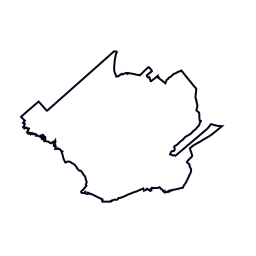 Rovinari, Gorj, Romania, rotated 317°
{"feature_id": "2599482B72679771783557", "entity_name": "Rovinari", "entity_type": "district", "adm_level": 2, "iso_a3": "ROU", "parent_name": "Romania", "parent_adm1": "Gorj", "projection": "equal_earth", "projection_center": [23.157, 44.921], "detail": "fine", "context": "isolated", "style": "outline", "palette": "ink", "viewbox_px": 256, "rotation_deg": 317, "n_neighbors": 0, "source": "geoboundaries", "source_scale": "gbopen_adm2", "svg_char_len": 5581}
<svg xmlns="http://www.w3.org/2000/svg" viewBox="0 0 256 256"><g transform="rotate(317 128 128)"><path d="M184.4,97.4L179.0,97.4L172.7,97.6L172.0,96.6L170.4,94.6L169.8,93.5L165.5,87.7L165.3,87.8L165.2,88.2L164.9,88.3L164.5,88.2L164.4,88.1L164.4,87.7L164.7,87.1L164.5,86.8L163.3,86.0L160.4,85.0L160.2,84.7L160.2,84.0L159.0,83.9L157.5,83.6L156.6,83.7L154.5,82.4L154.9,81.7L156.5,77.4L158.7,74.7L164.3,69.6L169.1,66.0L171.0,65.2L171.8,64.5L170.7,63.1L169.6,62.3L169.3,62.4L168.2,62.4L81.0,60.2L80.5,60.1L80.4,59.9L80.4,59.7L80.7,47.7L66.1,47.1L57.4,46.9L57.4,49.0L57.6,52.3L54.6,52.7L55.0,53.9L55.5,53.8L55.5,54.1L55.0,55.0L54.5,55.3L54.2,55.2L53.3,55.7L52.7,55.8L52.2,55.6L51.9,55.9L52.0,56.6L51.8,57.4L51.8,57.7L52.1,57.8L52.9,57.7L53.1,58.2L53.5,58.4L53.8,58.3L54.1,58.6L53.9,59.3L54.0,59.7L54.4,60.4L55.1,60.5L55.2,60.9L51.3,62.2L51.2,62.5L51.0,63.8L51.5,64.3L52.5,63.9L52.9,64.3L52.8,64.8L53.0,64.9L53.1,65.2L52.8,65.5L52.3,65.8L52.3,66.2L54.0,65.9L54.5,66.2L54.7,67.0L54.1,67.4L54.3,67.8L54.8,68.3L55.2,68.5L55.5,68.5L55.7,69.1L56.0,69.0L56.3,69.6L56.1,69.7L56.1,70.4L55.6,70.8L55.8,70.9L56.2,70.9L56.3,71.1L56.2,71.4L56.5,71.5L56.5,71.8L56.7,72.0L56.9,72.1L57.0,72.2L56.9,72.6L57.4,73.6L57.6,73.8L58.0,73.9L58.3,74.3L59.2,74.1L59.4,74.7L58.0,75.4L58.3,75.9L58.5,75.9L59.3,75.7L59.6,75.4L60.9,74.8L61.0,75.0L60.1,75.4L60.1,75.6L59.9,75.7L60.0,75.9L61.0,75.5L61.1,75.8L57.7,77.1L57.8,77.3L58.5,77.1L58.6,77.3L58.9,77.2L59.0,77.4L57.9,77.9L58.0,78.0L58.4,77.9L58.5,78.2L61.0,77.4L61.2,77.8L60.5,78.0L60.8,78.7L60.5,79.0L60.4,79.4L60.3,79.5L59.4,79.9L57.8,80.1L57.8,80.5L58.1,80.5L58.6,80.9L59.1,81.6L59.6,82.7L60.5,83.7L60.6,85.1L60.8,85.7L61.4,86.6L61.5,86.9L61.6,87.0L62.0,87.0L63.1,86.8L63.8,87.5L64.6,87.3L65.1,87.5L65.5,87.7L66.3,87.5L65.1,89.0L63.7,89.3L62.7,89.2L62.4,89.8L61.8,90.4L62.2,90.6L62.0,90.9L62.0,91.0L62.3,91.1L62.9,91.0L63.1,91.1L62.7,92.1L61.4,92.9L60.4,93.8L60.8,94.2L61.4,94.4L61.9,94.8L62.5,94.7L62.7,94.8L62.6,95.2L63.1,95.7L62.8,96.0L63.8,97.3L63.6,98.9L63.7,99.3L63.9,99.7L64.0,100.4L63.6,100.4L63.1,100.1L63.0,100.3L62.5,101.8L60.5,105.5L59.8,106.5L59.6,107.4L58.6,110.4L58.7,110.6L59.2,110.9L59.9,111.0L61.0,111.4L62.2,112.6L62.9,114.0L62.9,114.3L62.8,114.7L63.7,117.2L64.0,118.7L63.6,122.2L63.3,122.5L63.2,122.9L63.2,125.6L63.5,126.2L64.4,127.2L64.3,127.4L64.2,129.1L63.7,131.1L63.5,134.3L63.2,135.1L62.8,135.7L61.8,137.4L61.2,139.0L60.9,139.4L59.2,140.3L58.5,140.7L58.3,141.2L58.3,141.8L53.3,142.5L52.1,142.4L50.4,142.5L50.2,142.6L49.9,143.0L49.8,143.5L50.5,144.6L51.8,146.0L52.6,145.7L53.2,145.4L53.3,145.5L52.2,146.2L52.3,146.7L52.4,147.3L53.4,148.5L54.1,147.9L54.3,147.9L54.6,147.9L54.8,148.4L55.0,149.0L55.0,149.5L54.8,149.6L55.4,150.6L55.9,150.6L56.1,150.9L56.3,151.6L60.4,162.4L60.6,162.7L59.7,163.3L59.9,163.7L59.1,164.4L63.3,168.4L65.2,170.1L65.5,169.9L65.8,169.6L66.0,169.7L66.1,170.0L66.8,170.4L67.0,170.5L67.3,170.2L68.3,170.8L69.0,171.0L69.9,171.7L70.4,172.5L70.8,172.8L71.3,173.0L72.4,173.1L73.1,172.7L74.9,173.9L77.4,175.0L81.4,176.4L82.6,176.6L83.1,176.8L83.2,177.0L88.6,179.0L90.9,180.2L95.9,181.9L97.9,182.7L96.9,184.7L98.7,185.5L99.5,185.6L100.0,185.2L100.4,185.3L100.6,185.6L100.8,186.5L101.1,187.0L100.9,187.3L101.0,187.9L101.3,187.8L101.5,188.1L101.2,188.4L101.3,189.0L102.5,189.6L103.6,188.1L104.5,188.4L104.7,188.2L105.4,189.2L105.7,189.1L105.8,189.5L106.5,190.2L108.0,191.3L108.9,192.2L109.5,192.6L110.6,192.7L110.7,194.4L110.7,195.7L111.0,197.4L111.0,197.6L110.7,198.0L110.7,198.9L111.0,199.0L111.0,199.6L111.4,199.2L111.6,199.2L111.3,199.6L112.2,200.9L112.7,201.2L112.9,201.4L113.4,201.5L113.5,201.6L113.5,201.9L114.1,202.2L115.1,202.9L115.3,202.9L114.6,202.1L114.9,201.7L117.7,203.2L117.7,203.7L119.5,204.3L120.5,205.1L122.4,206.2L127.6,209.1L129.4,208.2L133.4,207.4L133.4,207.2L136.9,206.0L141.5,204.1L143.5,203.3L144.3,202.8L145.5,201.8L146.0,201.2L146.3,200.4L146.8,198.2L147.6,197.5L147.8,197.0L148.1,195.5L148.0,194.9L147.7,194.2L147.8,193.3L148.1,193.0L148.6,192.9L150.3,192.6L155.1,192.5L155.8,192.3L156.3,191.6L157.3,189.6L159.3,185.1L162.8,185.2L164.8,185.5L172.0,187.3L174.7,187.8L182.2,189.5L186.2,190.0L198.0,190.8L195.3,187.9L194.5,186.9L191.5,182.0L191.1,181.7L187.9,182.4L184.6,182.6L144.8,180.7L143.7,180.6L143.4,179.8L143.1,179.3L142.8,179.2L142.0,178.4L141.2,176.6L140.8,176.0L141.5,175.7L143.4,174.8L144.3,174.9L145.0,175.4L145.5,176.0L146.8,176.0L147.9,175.2L148.5,174.1L148.9,173.2L149.2,173.1L150.3,173.2L151.6,173.5L152.9,173.7L156.8,173.6L159.7,173.9L163.7,173.6L168.9,174.8L170.9,175.1L171.8,174.8L173.3,174.9L174.4,174.7L175.8,175.0L176.7,175.0L179.1,174.7L181.2,174.6L182.8,174.1L183.7,173.4L184.4,173.1L185.0,172.9L185.9,172.9L186.1,172.7L185.8,172.3L185.5,171.5L185.7,171.2L188.5,167.6L189.9,166.2L190.1,165.6L190.5,165.1L190.3,164.5L190.1,162.4L190.1,161.9L190.2,161.6L191.3,160.8L192.1,160.5L194.1,158.9L195.7,156.0L196.6,154.9L196.4,154.8L196.7,154.3L198.4,151.4L203.4,147.1L204.6,145.8L204.8,145.0L204.8,141.8L205.0,139.9L206.2,122.3L205.0,122.1L203.4,121.3L202.2,120.9L199.9,120.4L198.5,119.7L193.9,119.6L192.5,119.1L191.7,119.2L190.9,119.4L189.8,119.2L188.8,119.3L185.8,120.8L185.4,117.6L184.7,113.8L184.7,113.0L184.5,112.2L184.6,111.9L185.2,111.5L185.2,111.4L185.0,111.1L184.2,111.1L184.1,110.9L184.4,110.5L184.9,110.4L185.2,110.1L181.5,110.0L178.9,109.6L177.1,109.6L176.8,109.5L176.6,109.3L176.5,109.2L176.8,108.3L178.1,105.9L178.2,105.6L178.1,105.0L177.2,104.9L177.1,104.7L177.2,104.2L177.1,103.4L177.4,102.4L177.6,102.3L178.2,102.3L183.6,102.7L184.3,102.7L184.5,102.4L184.6,101.7L184.8,98.4L184.7,97.8L184.6,97.5L184.4,97.4Z" fill="none" stroke="#020617" stroke-width="2"/></g></svg>